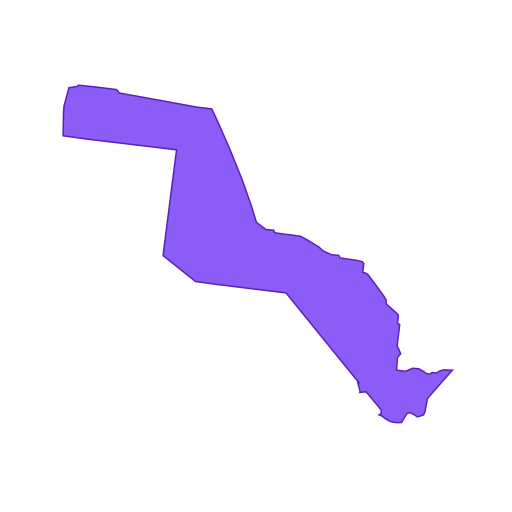 Gurbansoltan Eye, Tashauz, Turkmenistan (Albers equal-area conic projection), rotated 97°
{"feature_id": "10190150B88624562206856", "entity_name": "Gurbansoltan Eye", "entity_type": "district", "adm_level": 2, "iso_a3": "TKM", "parent_name": "Turkmenistan", "parent_adm1": "Tashauz", "projection": "albers", "projection_center": [59.229, 41.168], "detail": "fine", "context": "isolated", "style": "filled", "palette": "violet", "viewbox_px": 512, "rotation_deg": 97, "n_neighbors": 0, "source": "geoboundaries", "source_scale": "gbopen_adm2", "svg_char_len": 1727}
<svg xmlns="http://www.w3.org/2000/svg" viewBox="0 0 512 512"><g transform="rotate(97 256 256)"><path d="M345.5,47.2L346.1,55.6L348.0,60.2L350.1,62.3L350.2,64.1L350.2,65.7L350.2,67.0L350.7,67.6L351.9,68.9L351.9,69.2L352.1,71.0L352.1,71.8L350.9,74.4L349.0,78.2L348.1,80.7L348.3,86.8L350.6,90.8L352.2,93.5L352.2,96.8L352.2,102.6L339.4,103.2L335.5,100.5L332.3,102.2L328.1,105.0L327.6,105.0L325.0,105.0L317.6,105.0L311.9,105.0L306.6,105.0L305.6,107.3L298.4,107.4L296.8,107.8L287.6,121.0L286.0,121.2L283.5,121.6L283.0,122.1L280.2,124.3L272.7,131.2L260.3,143.1L259.8,144.7L259.0,148.1L255.9,148.1L250.4,148.1L248.7,149.9L248.0,156.8L247.7,172.3L245.5,173.7L245.3,174.3L245.5,181.6L245.2,182.3L242.7,190.2L239.6,194.4L233.7,207.3L231.0,214.2L230.7,240.3L229.7,240.7L228.2,241.7L228.4,247.5L228.5,249.4L222.6,259.6L222.1,259.9L207.4,266.4L181.8,279.1L153.0,295.1L128.9,309.4L115.4,317.8L115.4,333.0L115.4,333.5L110.9,411.5L110.6,411.7L107.8,414.6L107.8,438.3L108.1,453.1L109.9,454.6L109.9,456.1L111.8,462.2L130.5,464.8L136.5,464.6L160.2,462.1L160.6,436.3L160.3,347.8L161.1,347.8L190.0,348.0L266.9,348.3L288.7,312.9L289.0,292.0L289.0,246.1L289.0,222.1L289.0,221.6L300.1,210.2L300.7,209.6L315.6,194.1L350.3,158.1L357.9,150.2L361.4,146.6L367.0,140.7L369.2,138.5L369.2,139.6L370.2,139.2L374.4,137.5L378.1,136.1L378.8,136.3L377.4,130.6L378.6,128.8L389.8,116.9L393.9,112.9L397.1,112.5L398.1,113.7L398.7,114.5L399.4,111.6L401.6,107.9L403.1,104.6L404.0,102.2L404.2,99.2L404.2,95.2L403.5,91.3L400.6,90.0L395.7,87.8L393.7,86.6L392.7,84.0L394.3,79.6L396.0,76.3L395.4,74.7L393.3,70.3L389.6,69.2L383.9,68.9L376.8,68.5L370.5,64.4L361.6,58.3L352.9,52.4L346.0,47.6L345.7,47.4L345.5,47.2Z" fill="#8b5cf6" stroke="#5b21b6" stroke-width="1.5"/></g></svg>